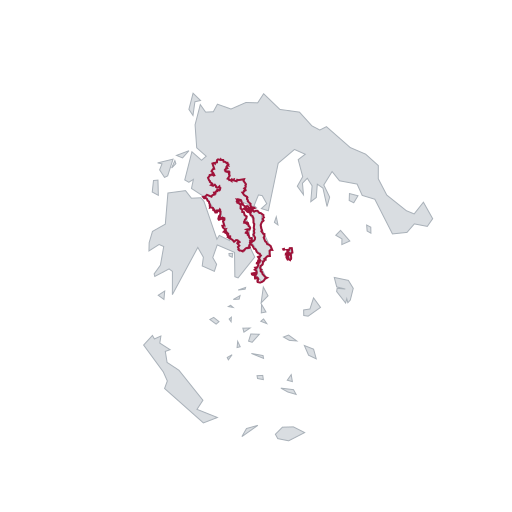 location of Stereas Elladas, Stereá Elláda, Greece, rotated 46°
{"feature_id": "26713481B15414951167649", "entity_name": "Stereas Elladas", "entity_type": "district", "adm_level": 2, "iso_a3": "GRC", "parent_name": "Greece", "parent_adm1": "Stereá Elláda", "projection": "natural_earth1", "projection_center": [23.323, 38.611], "detail": "fine", "context": "in_parent", "style": "outline", "palette": "rose", "viewbox_px": 512, "rotation_deg": 46, "n_neighbors": 0, "source": "geoboundaries", "source_scale": "gbopen_adm2", "svg_char_len": 9867}
<svg xmlns="http://www.w3.org/2000/svg" viewBox="0 0 512 512"><g transform="rotate(46 256 256)"><path d="M333.6,98.2L351.9,103.0L353.7,112.2L342.9,119.8L343.9,131.0L334.9,142.5L297.7,131.1L286.2,137.5L274.5,133.3L259.9,143.7L248.1,142.6L252.0,157.9L264.8,162.1L269.7,170.5L253.7,160.7L246.9,162.0L255.8,172.0L255.0,178.9L244.5,166.9L235.7,165.1L235.9,172.0L244.9,179.3L234.5,177.8L231.4,167.3L216.0,158.7L217.0,149.9L206.1,154.3L204.7,175.6L232.0,215.7L225.6,219.2L225.8,211.9L216.9,209.6L213.8,211.8L215.6,216.0L218.5,222.4L222.3,222.1L203.7,230.1L229.2,239.7L245.3,254.1L255.9,257.7L259.3,284.1L256.2,285.6L238.5,268.9L221.1,276.2L227.1,288.2L234.6,290.1L238.1,296.6L225.8,301.6L220.3,294.7L209.4,291.9L225.7,343.0L209.0,326.8L204.9,327.5L200.4,343.0L198.1,341.7L196.2,331.1L185.1,315.8L180.4,317.7L178.0,329.5L172.2,323.6L166.4,313.4L170.1,299.1L149.5,275.6L160.0,261.3L169.6,262.3L175.8,255.2L180.6,255.5L216.8,272.5L215.7,268.1L226.6,264.3L198.2,250.1L194.3,253.9L181.1,251.3L162.6,255.5L157.4,247.8L156.3,253.1L151.8,254.4L136.5,229.7L149.3,228.7L149.6,222.5L137.0,223.5L119.3,208.7L108.4,190.9L117.5,192.3L122.6,186.5L120.0,178.3L132.9,171.9L138.6,156.6L147.0,148.4L144.6,137.8L167.2,137.0L182.7,124.8L201.2,125.4L209.7,122.6L211.9,115.5L243.4,112.9L258.9,106.4L275.9,105.2L285.4,114.4L303.0,119.6L327.8,116.4L335.6,113.0L333.6,98.2ZM251.8,385.7L263.7,382.9L261.6,387.5L270.8,393.9L284.7,390.8L322.9,394.4L325.3,405.0L345.3,396.0L339.5,409.8L287.8,413.8L284.3,406.6L275.0,403.2L242.0,398.7L241.2,385.7L245.1,386.7L247.5,380.0L251.8,385.7ZM229.4,222.4L239.4,232.6L261.9,240.3L267.5,260.2L278.3,263.6L278.8,269.6L270.6,269.6L258.6,252.3L244.1,249.8L229.2,233.2L214.9,229.9L229.4,222.4ZM346.8,208.5L353.2,218.8L353.4,222.4L349.8,220.4L352.1,224.2L337.6,222.7L335.6,220.1L341.8,214.7L334.3,219.4L325.8,214.6L337.7,206.5L346.8,208.5ZM402.5,367.2L397.7,365.9L397.5,355.9L404.9,347.8L416.8,343.7L411.6,360.9L402.5,367.2ZM335.5,260.3L332.0,263.0L327.9,259.2L331.6,254.0L326.1,243.7L337.8,245.3L335.5,260.3ZM128.7,248.4L137.0,263.9L135.9,267.2L127.1,265.5L124.4,259.6L120.7,262.1L128.7,248.4ZM111.1,203.7L103.9,202.4L95.2,188.2L105.6,187.9L102.6,192.8L111.1,203.7ZM310.4,178.1L307.4,186.3L303.4,182.3L296.5,184.2L296.3,177.4L310.4,178.1ZM363.0,279.3L371.8,284.1L363.9,287.1L354.0,283.4L363.0,279.3ZM285.6,148.7L280.8,150.4L276.0,145.4L283.5,140.8L285.6,148.7ZM133.3,273.8L144.5,284.1L137.9,286.2L130.5,277.3L133.3,273.8ZM315.4,318.7L312.1,320.5L308.5,313.9L314.6,308.0L315.4,318.7ZM293.0,275.0L293.3,284.9L283.4,272.3L293.0,275.0ZM379.1,372.3L376.1,391.6L373.5,382.7L379.1,372.3ZM134.4,240.7L128.4,243.3L133.7,231.1L134.4,240.7ZM223.3,352.4L216.3,353.6L217.8,346.0L223.3,352.4ZM368.3,329.9L378.2,321.9L383.4,323.3L375.9,327.6L368.3,329.9ZM333.4,292.5L335.5,287.5L345.4,285.7L339.9,290.6L333.4,292.5ZM303.7,310.3L302.4,317.6L298.8,315.6L303.7,310.3ZM303.2,287.7L300.6,291.7L294.6,285.6L303.2,287.7ZM282.3,232.8L277.3,233.7L275.2,224.8L278.1,226.6L282.3,232.8ZM319.4,157.5L315.2,158.7L310.6,154.9L315.0,153.4L319.4,157.5ZM277.5,328.2L277.3,332.0L269.6,333.3L270.8,329.1L277.5,328.2ZM334.9,321.7L322.9,327.0L332.5,320.1L334.9,321.7ZM272.3,286.9L268.1,292.5L271.4,285.3L272.3,286.9ZM312.1,295.2L306.3,297.9L306.5,294.3L312.1,295.2ZM350.0,336.6L345.2,340.0L342.8,338.4L346.6,334.1L350.0,336.6ZM371.6,317.1L367.1,319.8L365.8,313.1L371.6,317.1ZM275.3,298.1L271.5,302.5L273.4,295.0L275.3,298.1ZM133.9,249.5L134.1,255.6L131.0,248.1L133.9,249.5ZM310.3,330.4L308.7,333.2L304.7,328.5L310.3,330.4ZM248.9,218.6L244.6,219.4L241.9,214.2L248.9,218.6ZM240.4,274.0L237.2,275.1L235.4,273.7L237.9,270.9L240.4,274.0ZM277.1,308.2L273.2,311.0L273.8,308.5L277.1,308.2ZM310.4,341.8L311.5,348.0L309.0,347.2L310.4,341.8ZM286.0,319.6L282.7,319.1L282.9,316.2L286.0,319.6Z" fill="#d9dde1" stroke="#a8b0b8" stroke-width="1"/><path d="M160.1,216.2L160.0,217.5L161.5,219.0L160.7,220.4L160.6,221.1L160.9,221.4L159.9,221.6L159.2,223.1L164.3,225.5L163.6,226.7L164.1,229.1L166.6,229.1L169.0,229.9L168.3,231.3L168.3,230.8L166.6,230.9L166.3,231.7L166.5,232.4L165.6,233.1L166.2,234.0L166.4,236.2L169.1,237.2L170.1,237.1L170.7,237.7L173.6,237.2L174.0,237.7L173.8,239.0L175.7,238.1L176.1,236.1L177.8,236.2L178.7,236.8L180.4,235.9L180.5,234.0L181.4,234.6L182.3,234.4L183.3,236.0L183.4,236.7L182.1,237.4L182.3,238.1L181.8,238.2L182.4,238.8L181.8,239.3L181.9,240.4L182.6,241.4L181.6,241.6L181.2,242.2L183.0,243.1L182.2,244.6L182.0,245.7L182.4,246.8L177.9,248.8L178.0,251.1L176.8,253.0L178.5,253.2L179.8,251.7L180.7,251.6L182.5,252.4L184.3,252.1L185.5,253.0L187.1,253.5L187.7,254.4L188.3,254.2L189.2,255.5L189.6,254.7L191.7,253.6L193.1,254.7L193.6,253.9L194.5,254.5L195.7,254.2L195.8,254.8L196.5,255.0L197.2,254.2L196.7,253.6L197.4,253.5L197.2,252.8L196.3,252.3L197.1,251.4L198.0,251.3L197.4,249.7L198.0,249.8L198.1,250.4L198.5,250.6L199.4,250.6L201.2,252.7L201.6,253.7L202.5,254.4L202.5,254.9L201.8,255.2L203.1,257.3L204.2,257.5L204.9,255.8L204.3,255.3L204.6,254.3L205.5,253.5L206.2,254.2L206.6,253.4L205.9,253.0L206.9,252.5L208.0,253.5L208.1,254.2L207.7,254.6L208.2,255.7L212.2,257.7L210.9,259.2L212.5,260.0L214.5,259.7L215.3,260.1L215.7,259.4L216.3,262.0L216.6,261.6L217.7,262.0L218.6,261.7L217.7,260.8L216.8,261.2L217.2,260.3L218.3,260.7L220.7,260.5L221.7,261.5L220.9,262.0L222.3,262.6L223.9,260.9L225.1,262.0L224.5,262.7L228.1,261.7L230.5,261.9L230.7,259.3L231.9,258.3L233.3,258.4L234.1,258.0L234.6,258.1L234.5,258.7L234.4,259.5L233.6,259.9L233.8,260.6L237.0,260.8L237.0,262.8L238.7,263.3L239.1,264.2L240.6,264.1L241.4,263.2L243.4,262.4L243.1,261.8L243.7,261.1L243.4,260.7L243.7,260.0L243.4,259.3L243.5,257.8L244.0,256.7L244.6,256.5L244.6,255.5L245.4,255.4L245.6,254.6L243.9,253.8L243.4,252.9L243.3,251.4L242.1,251.0L242.1,249.9L241.1,249.7L241.3,248.9L241.8,248.9L241.8,248.3L240.4,246.8L240.0,246.7L239.0,248.1L237.6,247.8L237.1,247.2L235.2,247.3L234.9,246.7L233.5,246.7L232.2,247.3L232.0,246.9L232.5,246.3L233.9,245.9L233.0,245.4L232.3,245.6L231.6,243.9L230.5,244.3L231.2,243.1L232.5,242.3L231.8,240.7L230.4,240.2L229.3,240.5L226.8,238.9L226.0,239.1L226.9,239.9L226.9,240.2L225.1,240.4L223.8,241.4L223.6,241.0L224.4,240.4L223.6,240.3L223.8,240.8L223.5,240.9L223.0,240.6L223.0,240.0L223.3,240.4L223.4,240.5L222.2,238.8L222.2,236.8L221.1,235.2L218.6,235.8L216.1,234.3L214.8,235.3L213.2,233.8L211.1,234.1L208.9,231.8L208.5,230.8L207.1,231.7L206.0,231.5L205.1,232.2L204.7,231.2L204.4,232.0L204.0,232.1L203.7,231.4L203.2,231.6L203.1,231.2L204.1,230.1L202.6,230.6L202.2,230.5L203.3,229.8L202.9,229.4L205.2,228.0L206.6,228.4L207.6,229.4L208.4,229.6L209.0,229.1L210.4,229.9L213.5,229.1L213.8,228.7L213.7,228.0L214.4,227.3L216.5,227.6L217.6,227.2L217.4,226.5L218.8,226.1L219.4,226.5L220.5,223.8L219.7,223.9L218.6,225.0L217.2,225.3L215.5,224.8L214.8,223.7L210.9,223.9L210.3,223.1L208.9,223.0L208.1,222.3L208.1,221.6L207.3,221.3L204.0,222.2L200.9,221.7L201.3,221.1L201.3,219.6L200.9,219.4L201.1,218.9L200.8,218.6L201.4,217.8L200.4,217.2L199.2,217.4L199.4,216.1L199.0,215.2L197.8,214.6L197.7,213.7L197.2,213.3L193.3,212.8L192.5,211.2L189.3,215.8L188.1,216.6L188.8,218.0L186.0,219.6L185.5,218.8L185.0,219.9L184.1,220.1L184.4,221.1L184.9,221.5L183.3,221.8L182.8,222.5L182.1,222.1L180.7,222.7L180.0,219.2L178.8,218.9L178.6,218.2L177.8,218.2L177.2,216.8L176.4,216.7L175.6,217.5L175.8,218.0L175.4,218.4L174.0,219.1L173.8,218.6L172.5,218.6L172.2,216.9L172.6,216.8L173.0,215.6L171.4,215.4L171.0,213.7L171.6,213.2L171.1,213.1L170.9,212.2L169.3,212.5L169.0,211.9L168.0,212.7L166.8,212.8L165.7,213.8L164.2,212.9L162.5,214.5L161.9,214.3L162.0,215.0L160.1,216.2ZM231.7,222.2L228.4,222.8L227.4,223.7L224.6,223.5L223.3,224.7L222.8,226.6L221.6,226.5L220.1,228.1L214.3,230.1L213.6,231.0L213.5,232.0L215.6,231.4L218.3,231.5L219.2,231.0L219.5,230.5L219.3,230.0L217.9,229.6L218.5,229.0L221.0,229.4L221.3,230.5L222.9,231.4L224.8,230.8L227.1,231.6L230.3,234.7L231.8,235.0L234.2,238.0L235.8,238.7L236.5,240.2L238.2,241.1L238.9,243.1L242.2,243.9L243.2,245.2L243.5,246.7L243.1,248.3L242.0,248.6L241.7,249.5L243.0,249.6L243.0,250.5L243.9,251.9L245.6,251.2L249.6,252.3L250.4,251.7L251.3,251.7L253.4,252.6L255.7,252.5L257.0,251.7L257.8,252.3L259.0,252.1L259.4,254.6L258.1,254.8L258.0,255.2L261.2,255.8L261.2,256.5L261.7,256.4L260.7,257.4L261.4,258.7L262.3,257.4L262.9,257.5L263.1,258.1L261.6,260.2L261.9,260.6L263.2,259.9L264.1,260.5L265.0,263.0L263.9,264.6L265.1,264.7L265.0,266.4L266.4,266.0L267.8,266.6L267.9,267.3L268.7,267.3L269.2,268.3L268.6,269.0L268.8,269.7L269.6,269.9L269.8,270.9L271.5,272.3L272.3,271.5L271.6,271.2L271.9,270.2L272.7,269.9L274.2,270.4L274.8,271.4L274.9,272.4L275.9,272.9L278.0,271.5L278.9,269.4L279.2,267.4L278.7,265.5L279.3,263.2L277.9,263.9L273.4,263.8L271.8,262.8L270.3,263.3L269.5,262.6L269.5,261.8L268.9,262.0L267.4,261.3L266.4,259.7L266.7,257.1L264.8,254.7L265.2,254.2L265.1,252.8L263.9,252.1L264.2,251.5L264.9,251.3L264.0,250.5L264.1,247.9L265.7,246.0L261.7,242.7L261.7,241.2L262.9,240.1L258.9,238.5L256.4,239.0L255.3,239.7L253.1,238.9L251.9,239.2L248.0,237.6L247.8,236.6L246.1,234.7L245.2,235.4L241.9,234.9L241.8,233.9L239.2,232.8L239.0,232.3L237.5,231.6L236.7,230.7L235.7,228.3L235.8,226.0L234.0,225.5L233.7,224.7L233.8,223.5L232.5,223.2L231.7,222.2ZM278.4,229.8L278.4,228.1L278.8,227.4L275.2,224.8L273.8,226.3L274.6,227.8L273.2,229.5L274.2,229.4L274.5,230.1L274.9,229.7L275.2,230.7L276.1,230.5L276.0,231.2L277.0,230.9L277.3,231.6L277.8,231.2L278.2,231.4L278.3,232.9L276.9,233.7L278.1,235.0L278.4,235.0L278.4,234.0L279.2,233.7L280.3,234.9L280.7,234.4L281.4,234.7L282.6,234.3L282.3,233.9L282.5,232.9L281.9,232.1L279.3,230.0L278.4,229.8ZM267.6,271.3L267.8,270.4L266.8,269.4L265.7,271.2L266.4,271.7L267.6,271.3ZM275.4,233.3L276.0,232.1L276.0,231.4L275.0,232.8L275.4,233.3ZM270.5,231.9L271.0,231.3L270.3,230.9L269.9,231.7L270.5,231.9ZM267.9,268.8L267.6,269.7L268.2,270.0L268.3,268.9L267.9,268.8ZM280.5,235.2L279.6,234.8L279.3,235.4L280.4,235.7L280.5,235.2Z" fill="none" stroke="#9f1239" stroke-width="2"/></g></svg>